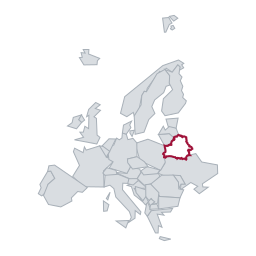 location of Belarus within Europe
{"feature_id": "BLR", "entity_name": "Belarus", "entity_type": "country or territory", "adm_level": 0, "iso_a3": "BLR", "parent_name": "Europe", "parent_adm1": "", "projection": "orthographic", "projection_center": [28.129, 53.705], "detail": "fine", "context": "in_parent", "style": "outline", "palette": "rose", "viewbox_px": 256, "rotation_deg": 0, "n_neighbors": 37, "source": "natural_earth", "source_scale": "50m", "svg_char_len": 10630}
<svg xmlns="http://www.w3.org/2000/svg" viewBox="0 0 256 256"><path d="M162.6,18.1L168.7,17.5L172.0,23.0L169.3,24.5L165.8,32.2L164.4,32.2L162.6,18.1ZM183.7,67.8L179.3,70.3L180.0,66.9L177.8,64.9L172.2,72.2L166.2,68.2L163.1,72.6L159.7,71.4L147.3,88.2L146.4,91.8L144.3,91.3L141.8,95.5L138.9,110.4L134.2,115.9L133.3,112.4L126.8,116.7L120.5,113.3L124.7,96.7L162.8,65.6L178.5,60.0L183.8,63.4L181.7,64.8L183.7,67.8ZM177.8,18.2L173.7,21.1L169.3,16.4L174.1,15.4L177.8,18.2ZM174.8,28.3L172.2,30.0L170.4,28.8L171.3,27.6L170.9,26.1L173.1,25.4L174.8,28.3Z" fill="#d9dde1" stroke="#a8b0b8" stroke-width="1"/><path d="M99.6,145.9L113.1,161.8L103.5,170.9L104.1,187.0L83.2,186.7L72.7,176.4L79.5,165.4L73.4,151.7L74.6,148.2L83.1,152.6L84.4,146.9L86.2,150.1L99.6,145.9ZM106.3,198.5L110.1,192.2L107.8,199.9L106.3,198.5Z" fill="#d9dde1" stroke="#a8b0b8" stroke-width="1"/><path d="M134.2,115.9L141.1,104.8L141.8,95.5L144.3,91.3L146.4,91.8L157.0,73.7L164.9,69.4L169.7,75.6L169.7,85.1L166.1,86.3L163.7,92.6L154.7,99.9L151.8,106.6L154.9,113.5L148.8,119.5L144.0,132.2L135.1,134.3L134.2,115.9Z" fill="#d9dde1" stroke="#a8b0b8" stroke-width="1"/><path d="M202.8,186.9L208.2,187.2L199.3,193.7L193.9,189.2L197.7,186.3L190.8,182.5L180.4,189.8L181.0,184.1L185.1,184.1L180.3,175.6L167.3,177.3L158.1,173.2L164.8,163.6L163.9,157.7L167.2,156.3L186.1,159.3L187.2,155.6L195.8,153.6L201.7,162.0L217.4,164.9L217.7,173.5L202.4,183.8L202.8,186.9Z" fill="#d9dde1" stroke="#a8b0b8" stroke-width="1"/><path d="M164.6,145.8L165.1,152.1L163.2,153.0L165.3,162.2L160.6,170.4L140.1,160.7L135.9,146.8L136.8,142.9L147.9,139.2L164.6,145.8Z" fill="#d9dde1" stroke="#a8b0b8" stroke-width="1"/><path d="M140.9,172.7L136.6,179.3L131.7,179.7L115.1,172.4L126.9,173.4L130.4,166.9L139.8,169.1L140.9,172.7Z" fill="#d9dde1" stroke="#a8b0b8" stroke-width="1"/><path d="M158.1,173.2L160.0,176.1L153.6,183.5L144.3,185.2L137.3,178.6L140.9,172.7L158.1,173.2Z" fill="#d9dde1" stroke="#a8b0b8" stroke-width="1"/><path d="M173.3,175.1L180.3,175.6L185.1,184.1L181.0,184.1L178.8,188.9L178.4,182.2L173.3,175.1Z" fill="#d9dde1" stroke="#a8b0b8" stroke-width="1"/><path d="M178.8,188.9L183.7,189.8L180.0,197.8L159.5,196.5L150.7,184.1L161.6,175.2L173.3,175.1L178.4,182.2L178.8,188.9Z" fill="#d9dde1" stroke="#a8b0b8" stroke-width="1"/><path d="M173.8,137.6L170.8,144.3L164.6,145.8L158.4,134.5L169.3,133.6L173.8,137.6Z" fill="#d9dde1" stroke="#a8b0b8" stroke-width="1"/><path d="M176.1,128.2L178.6,134.8L173.8,137.6L169.3,133.6L158.4,134.5L163.3,126.2L165.2,130.1L170.5,125.5L176.1,128.2Z" fill="#d9dde1" stroke="#a8b0b8" stroke-width="1"/><path d="M178.1,118.1L176.1,128.2L168.1,126.3L166.0,119.1L178.1,118.1Z" fill="#d9dde1" stroke="#a8b0b8" stroke-width="1"/><path d="M136.8,142.9L137.0,156.7L127.5,159.0L130.4,166.9L126.9,173.4L109.3,168.0L113.1,161.8L108.9,159.5L108.3,154.4L110.7,146.1L113.8,145.0L116.6,138.1L119.3,139.8L121.9,138.0L122.4,133.1L126.3,134.1L127.9,139.6L133.0,138.4L136.8,142.9Z" fill="#d9dde1" stroke="#a8b0b8" stroke-width="1"/><path d="M158.6,194.4L159.5,196.5L180.0,197.8L177.9,206.3L158.7,208.9L158.6,194.4Z" fill="#d9dde1" stroke="#a8b0b8" stroke-width="1"/><path d="M170.8,239.1L164.3,240.6L159.3,238.6L160.2,236.6L170.8,239.1ZM151.2,210.7L172.6,208.4L170.5,212.0L161.5,212.3L164.0,215.2L157.2,214.1L162.0,227.3L158.4,225.7L158.1,233.0L155.4,232.9L147.3,216.3L151.2,210.7Z" fill="#d9dde1" stroke="#a8b0b8" stroke-width="1"/><path d="M151.2,210.7L147.3,216.3L144.8,212.9L147.2,201.1L151.2,210.7Z" fill="#d9dde1" stroke="#a8b0b8" stroke-width="1"/><path d="M138.3,180.5L147.3,188.2L134.2,188.4L142.4,201.5L134.2,195.0L131.4,186.6L127.2,185.4L138.3,180.5Z" fill="#d9dde1" stroke="#a8b0b8" stroke-width="1"/><path d="M116.0,170.4L117.3,176.2L106.2,176.7L102.8,173.0L106.8,167.7L116.0,170.4Z" fill="#d9dde1" stroke="#a8b0b8" stroke-width="1"/><path d="M107.5,154.4L107.8,157.8L106.3,157.0L107.5,154.4Z" fill="#d9dde1" stroke="#a8b0b8" stroke-width="1"/><path d="M109.7,151.3L106.3,157.0L99.6,145.9L107.2,146.9L109.7,151.3Z" fill="#d9dde1" stroke="#a8b0b8" stroke-width="1"/><path d="M115.8,139.0L109.7,151.3L102.2,145.8L109.0,138.8L115.8,139.0Z" fill="#d9dde1" stroke="#a8b0b8" stroke-width="1"/><path d="M47.6,171.5L50.8,171.1L54.8,178.4L48.0,184.3L46.6,192.0L41.7,195.9L38.3,193.7L41.1,187.8L39.9,184.4L47.6,171.5Z" fill="#d9dde1" stroke="#a8b0b8" stroke-width="1"/><path d="M43.5,195.5L48.0,184.3L54.8,178.4L50.8,171.1L47.6,171.5L48.9,165.8L54.6,165.1L87.3,187.6L82.4,192.3L77.7,191.5L71.4,197.8L71.9,201.0L60.8,206.9L48.5,204.5L43.5,195.5Z" fill="#d9dde1" stroke="#a8b0b8" stroke-width="1"/><path d="M81.7,122.4L76.5,128.8L67.5,126.0L72.1,122.7L73.3,117.4L81.4,114.9L78.8,119.7L81.7,122.4Z" fill="#d9dde1" stroke="#a8b0b8" stroke-width="1"/><path d="M118.1,174.3L128.9,178.7L128.5,183.4L122.8,183.2L122.5,189.7L140.9,211.9L140.3,214.5L135.2,210.6L135.0,218.2L129.0,222.2L131.3,217.3L129.4,211.6L115.8,197.0L113.9,188.6L109.9,185.2L104.1,187.0L105.1,175.3L118.1,174.3ZM116.1,221.0L128.6,220.5L125.8,227.9L116.1,221.0ZM103.4,200.9L108.9,204.7L107.1,210.9L103.6,211.3L103.4,200.9Z" fill="#d9dde1" stroke="#a8b0b8" stroke-width="1"/><path d="M126.3,134.1L122.4,133.1L123.5,125.1L131.6,121.1L129.7,125.0L130.9,127.6L126.3,134.1ZM134.4,130.2L132.1,136.5L129.9,133.0L130.0,130.9L134.4,130.2Z" fill="#d9dde1" stroke="#a8b0b8" stroke-width="1"/><path d="M81.7,122.4L78.8,119.7L81.4,114.9L84.6,120.1L81.7,122.4ZM88.6,128.6L88.9,115.3L86.6,116.7L88.7,109.4L95.7,102.5L100.2,104.8L95.3,108.5L100.5,110.3L94.0,116.8L96.4,118.3L97.1,135.1L100.0,137.4L96.8,144.0L74.5,139.8L83.6,137.3L79.9,132.2L83.3,132.2L84.9,126.3L88.6,128.6Z" fill="#d9dde1" stroke="#a8b0b8" stroke-width="1"/><path d="M99.7,58.4L97.4,60.7L97.0,64.7L83.9,64.9L79.4,57.6L82.3,57.3L81.1,52.6L85.1,53.1L83.2,49.5L88.9,49.5L88.6,54.0L99.7,58.4Z" fill="#d9dde1" stroke="#a8b0b8" stroke-width="1"/><path d="M128.9,178.7L137.3,178.6L138.3,180.5L133.2,185.0L127.7,183.7L128.9,178.7Z" fill="#d9dde1" stroke="#a8b0b8" stroke-width="1"/><path d="M180.0,66.9L179.0,73.7L182.0,77.0L180.3,80.7L182.8,86.3L181.5,90.6L183.5,94.3L182.7,97.5L186.3,100.8L185.5,103.4L178.3,112.9L165.0,115.7L161.6,111.0L163.4,98.7L172.6,89.7L169.2,83.1L169.7,75.6L164.9,69.4L172.2,72.2L177.8,64.9L180.0,66.9Z" fill="#d9dde1" stroke="#a8b0b8" stroke-width="1"/><path d="M159.9,170.0L157.4,173.7L143.6,174.9L140.8,170.9L147.0,166.6L159.9,170.0Z" fill="#d9dde1" stroke="#a8b0b8" stroke-width="1"/><path d="M137.0,156.7L144.4,161.7L148.0,166.7L132.6,169.0L127.7,162.8L127.5,159.0L137.0,156.7Z" fill="#d9dde1" stroke="#a8b0b8" stroke-width="1"/><path d="M142.9,200.7L136.1,192.7L135.3,186.5L147.0,190.1L146.7,196.6L142.9,200.7Z" fill="#d9dde1" stroke="#a8b0b8" stroke-width="1"/><path d="M156.9,203.9L158.7,208.9L149.7,209.3L150.7,204.6L156.9,203.9Z" fill="#d9dde1" stroke="#a8b0b8" stroke-width="1"/><path d="M145.7,184.6L150.7,184.1L158.9,192.7L157.6,203.2L153.9,204.0L151.5,198.6L149.2,200.7L145.8,196.7L145.7,184.6Z" fill="#d9dde1" stroke="#a8b0b8" stroke-width="1"/><path d="M148.4,201.7L145.5,204.9L142.4,201.5L145.8,196.7L148.4,201.7Z" fill="#d9dde1" stroke="#a8b0b8" stroke-width="1"/><path d="M150.0,205.5L148.4,201.7L150.8,198.8L154.8,201.9L150.0,205.5Z" fill="#d9dde1" stroke="#a8b0b8" stroke-width="1"/><path d="M189.8,155.2L189.2,155.2L188.5,155.2L188.1,155.5L187.9,155.5L187.6,155.4L187.3,155.6L186.9,156.1L186.7,156.4L186.4,156.8L186.3,157.0L186.2,157.4L186.0,157.9L186.1,158.2L186.3,158.5L186.3,158.9L186.4,159.1L186.2,159.3L186.1,159.6L185.8,159.5L185.4,159.3L185.3,158.9L185.0,158.7L184.9,158.5L184.6,158.5L184.1,158.7L183.4,158.8L182.9,158.8L182.7,158.9L182.3,159.1L182.1,158.9L181.9,158.5L181.7,158.1L181.6,157.9L181.4,157.9L181.2,158.0L180.7,158.3L180.5,158.5L180.3,158.8L180.2,158.8L180.1,158.7L179.9,158.3L179.7,158.2L179.4,158.2L178.9,158.1L178.6,158.0L178.3,158.2L178.1,158.2L177.6,158.0L177.4,158.4L177.2,158.6L177.0,158.1L176.8,158.0L176.3,158.0L176.0,158.0L175.8,158.0L175.7,157.9L175.3,157.2L175.1,157.2L174.7,157.2L174.2,157.1L173.5,156.9L173.2,156.9L173.0,156.7L172.6,156.6L171.5,156.3L171.1,156.2L170.5,156.2L169.5,156.1L168.9,156.1L168.6,156.2L168.2,156.3L167.7,156.3L167.4,156.3L167.1,156.3L166.6,156.3L166.5,156.5L166.4,156.8L165.8,157.3L165.4,157.7L165.0,157.5L164.8,157.4L164.5,157.4L164.3,157.4L164.2,157.5L164.2,157.9L164.2,158.0L164.0,157.4L164.0,157.0L164.2,156.7L164.3,156.5L164.3,156.1L164.4,155.7L164.5,155.3L164.4,155.2L164.0,154.8L163.9,154.6L163.5,154.4L163.1,154.1L163.1,153.9L163.2,153.7L163.5,153.3L163.9,152.9L164.1,152.7L165.3,152.2L165.5,151.7L165.5,151.4L165.5,151.0L165.5,150.4L165.4,149.9L165.3,149.1L164.8,147.4L164.6,145.7L164.8,145.8L165.3,145.9L165.7,145.8L165.9,145.8L166.1,145.8L166.4,145.8L166.7,145.8L166.8,145.9L167.0,146.1L167.5,145.9L168.0,145.7L168.4,145.7L168.5,145.6L168.6,145.0L168.8,144.9L169.3,145.0L169.5,144.9L169.7,144.6L170.0,144.4L170.3,144.4L170.5,144.2L170.7,144.3L170.7,144.6L170.6,144.8L170.8,145.0L171.2,145.0L171.4,144.9L171.4,144.6L171.4,144.4L171.2,144.2L170.8,144.1L170.9,143.8L171.0,143.4L171.2,143.0L171.4,142.8L171.4,142.7L171.4,142.1L171.6,141.5L171.8,141.1L172.1,140.9L172.5,140.9L172.7,140.7L172.9,140.4L172.9,140.2L173.0,140.1L174.0,140.0L174.1,139.7L174.4,139.5L174.5,139.3L174.5,139.2L174.3,139.2L173.7,139.1L173.6,138.8L173.8,138.4L173.9,137.9L174.0,137.6L174.0,137.3L174.6,137.2L175.1,136.6L175.4,136.5L176.1,136.7L176.4,136.7L176.5,136.7L176.9,136.7L177.1,136.1L177.8,135.3L178.2,135.0L178.4,134.9L178.5,135.0L178.9,135.4L179.0,135.4L179.2,135.2L179.7,135.2L179.9,135.4L180.0,135.7L180.2,135.9L180.3,136.0L180.8,135.7L181.0,135.6L181.7,135.8L182.0,136.0L182.0,136.3L182.0,136.5L181.9,136.7L182.1,137.0L182.3,137.2L182.7,136.9L182.9,136.8L183.0,136.8L183.3,136.7L183.6,136.4L183.9,136.4L184.4,136.4L185.1,136.7L185.5,137.1L185.6,137.3L185.9,137.5L186.1,137.6L186.3,137.5L186.4,137.9L186.4,138.6L186.3,138.8L186.2,138.9L186.2,139.1L186.4,139.5L186.6,139.9L186.7,140.1L186.7,140.3L186.4,140.9L186.3,141.0L186.2,141.3L186.2,141.6L186.8,142.1L187.2,142.4L187.3,142.5L187.1,143.0L187.4,143.3L187.6,143.6L187.8,144.1L188.2,144.6L188.8,145.0L189.3,145.3L189.5,145.5L189.5,145.9L189.4,146.3L189.3,146.5L189.5,146.6L190.0,146.5L190.6,146.6L191.4,147.0L191.4,147.4L191.4,147.6L191.5,147.7L192.2,148.2L192.3,148.3L192.3,148.6L192.3,148.8L192.1,148.8L191.9,148.9L191.6,149.1L191.5,149.4L191.0,149.9L190.7,150.1L190.4,150.1L189.8,150.1L189.5,149.9L189.4,149.7L189.2,149.6L188.9,149.6L188.4,149.7L188.3,150.0L188.1,150.4L188.0,150.6L188.3,151.0L188.6,151.4L188.9,151.7L189.0,151.9L189.0,152.0L188.9,152.2L188.9,152.5L189.2,152.9L189.1,153.0L189.1,153.6L189.1,154.1L189.2,154.3L189.4,154.4L189.5,154.6L189.7,155.1L189.8,155.2Z" fill="none" stroke="#9f1239" stroke-width="2"/></svg>